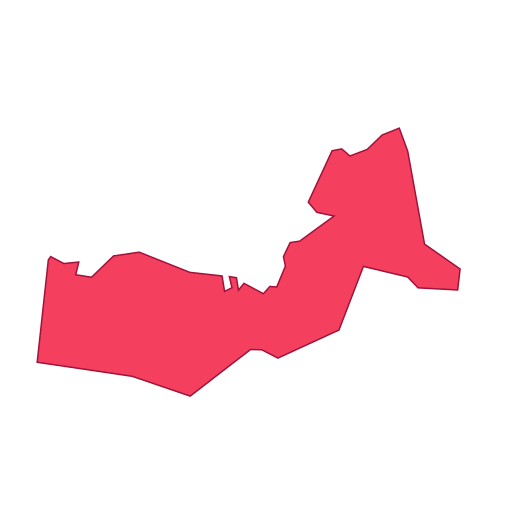 outline of Jur River, Western Bahr el Ghazal, South Sudan, rotated 99°
{"feature_id": "79223893B97545569096613", "entity_name": "Jur River", "entity_type": "district", "adm_level": 2, "iso_a3": "SSD", "parent_name": "South Sudan", "parent_adm1": "Western Bahr el Ghazal", "projection": "orthographic", "projection_center": [27.953, 7.62], "detail": "fine", "context": "isolated", "style": "filled", "palette": "rose", "viewbox_px": 512, "rotation_deg": 99, "n_neighbors": 0, "source": "geoboundaries", "source_scale": "gbopen_adm2", "svg_char_len": 765}
<svg xmlns="http://www.w3.org/2000/svg" viewBox="0 0 512 512"><g transform="rotate(99 256 256)"><path d="M236.9,52.4L217.9,91.4L128.9,122.5L107.3,134.5L116.7,150.3L133.4,162.9L142.5,178.9L136.8,188.1L140.1,197.3L194.7,212.8L203.4,202.6L204.3,185.2L234.5,215.2L237.4,224.4L252.3,228.8L261.4,225.4L283.4,230.7L283.9,237.5L292.1,242.8L284.9,263.6L292.5,268.0L280.5,271.9L280.5,279.1L291.1,274.8L295.9,281.5L281.0,286.4L282.5,318.8L270.5,372.0L278.2,396.7L302.7,415.1L302.7,431.1L289.7,430.1L293.5,444.6L288.7,458.7L292.3,460.5L395.2,455.5L394.2,359.4L404.7,299.1L366.9,263.5L349.2,246.7L347.7,235.4L347.8,235.4L353.4,218.4L320.5,169.1L316.2,162.5L249.5,148.3L253.0,102.9L262.1,90.9L258.0,51.5L236.9,52.4Z" fill="#f43f5e" stroke="#9f1239" stroke-width="1.5"/></g></svg>